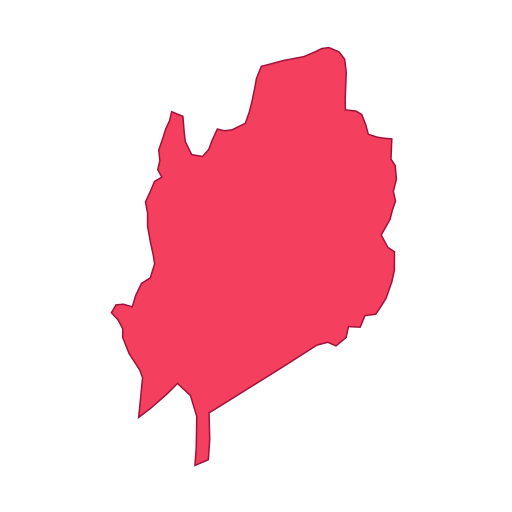 outline of Jesúpolis, Goiás, Brazil, rotated 185°
{"feature_id": "56859067B61262762044018", "entity_name": "Jesúpolis", "entity_type": "district", "adm_level": 2, "iso_a3": "BRA", "parent_name": "Brazil", "parent_adm1": "Goiás", "projection": "equal_earth", "projection_center": [-49.407, -15.96], "detail": "fine", "context": "isolated", "style": "filled", "palette": "rose", "viewbox_px": 512, "rotation_deg": 185, "n_neighbors": 0, "source": "geoboundaries", "source_scale": "gbopen_adm2", "svg_char_len": 1327}
<svg xmlns="http://www.w3.org/2000/svg" viewBox="0 0 512 512"><g transform="rotate(185 256 256)"><path d="M130.9,384.5L139.4,384.5L146.0,385.0L154.7,387.0L158.2,396.5L163.0,406.2L169.0,409.1L179.7,409.4L180.8,419.5L182.1,446.8L184.8,459.7L191.1,466.6L201.6,470.0L208.6,468.4L216.1,463.9L225.7,458.8L245.2,453.3L267.2,445.4L271.0,433.0L272.0,422.4L273.4,410.3L275.1,399.4L278.2,387.3L290.9,379.6L298.4,378.0L305.6,379.1L309.7,367.6L312.5,357.7L318.0,350.5L328.9,351.4L336.4,363.8L338.4,373.5L341.0,388.8L352.6,392.4L353.9,383.2L357.0,374.8L359.1,365.2L362.1,353.2L360.1,342.6L361.4,333.4L356.7,326.4L363.6,321.4L367.0,310.8L370.8,300.2L367.7,289.1L366.6,276.1L362.2,260.0L358.4,247.8L356.3,239.3L359.4,225.1L367.7,218.7L372.4,206.3L374.8,194.6L384.1,196.4L391.2,195.1L395.1,186.9L387.9,180.4L382.4,171.9L381.7,163.3L373.9,147.7L361.8,132.2L358.4,124.9L358.8,85.0L347.4,95.4L332.7,110.7L323.1,122.2L309.1,111.2L301.0,90.9L298.8,59.1L298.6,42.0L285.7,48.9L286.1,69.2L289.1,95.6L223.0,145.3L187.6,172.5L177.0,176.3L168.5,173.4L159.1,182.7L157.8,193.7L146.0,194.2L142.3,206.1L131.7,208.4L127.3,216.3L122.8,225.1L118.4,242.2L116.9,254.0L118.4,272.2L125.4,276.1L133.1,287.8L125.6,304.3L124.1,313.7L121.8,322.9L124.8,332.4L122.8,344.9L125.2,358.2L130.0,364.3L130.9,384.5Z" fill="#f43f5e" stroke="#9f1239" stroke-width="1.5"/></g></svg>